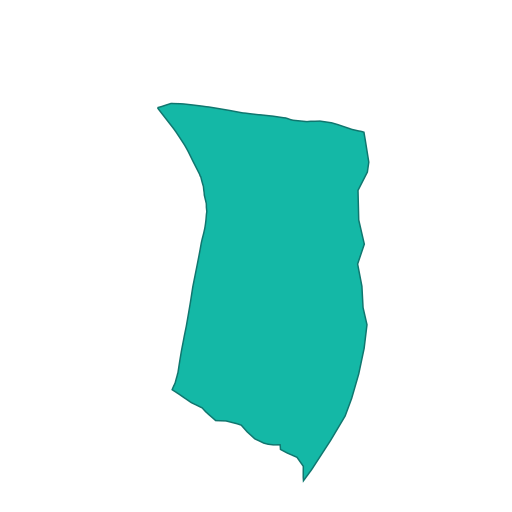 the district of Rodney Heights, Gros Islet, Saint Lucia, rotated 303°
{"feature_id": "8701671B40211912929953", "entity_name": "Rodney Heights", "entity_type": "district", "adm_level": 2, "iso_a3": "LCA", "parent_name": "Saint Lucia", "parent_adm1": "Gros Islet", "projection": "mercator", "projection_center": [-60.949, 14.068], "detail": "fine", "context": "isolated", "style": "filled", "palette": "teal", "viewbox_px": 512, "rotation_deg": 303, "n_neighbors": 0, "source": "geoboundaries", "source_scale": "gbopen_adm2", "svg_char_len": 1880}
<svg xmlns="http://www.w3.org/2000/svg" viewBox="0 0 512 512"><g transform="rotate(303 256 256)"><path d="M327.2,93.0L326.4,93.3L324.9,97.5L318.0,117.4L316.4,121.5L313.0,129.3L310.1,135.8L308.5,138.9L306.6,142.4L301.1,151.6L296.6,159.4L293.9,164.1L292.7,165.6L292.3,166.6L289.6,169.5L287.3,172.1L285.7,174.0L283.2,176.0L280.8,178.1L278.9,179.5L273.0,185.7L271.3,186.9L269.9,187.8L266.4,190.6L264.0,191.7L260.3,193.7L258.6,194.6L255.3,196.2L253.1,197.2L251.0,198.1L246.7,199.7L241.0,201.6L237.2,203.0L230.6,205.8L225.5,207.9L216.3,211.6L195.7,219.8L193.7,220.7L183.5,225.3L180.8,226.5L171.3,230.6L165.0,233.3L158.9,235.9L149.7,239.5L147.3,240.5L137.4,244.5L135.0,245.5L126.3,249.3L123.4,250.6L115.4,254.2L114.8,254.3L112.2,255.2L109.9,255.9L106.8,256.9L105.7,257.3L104.4,257.5L103.1,257.7L102.5,257.7L101.7,257.9L100.8,258.0L99.7,258.2L98.2,258.5L98.2,259.2L98.2,266.3L98.0,272.7L97.8,281.6L99.3,293.6L98.0,298.5L97.3,302.8L96.5,308.6L96.0,311.8L101.3,320.6L105.0,331.5L106.1,335.7L103.7,344.4L102.0,354.6L102.7,359.5L103.3,364.4L104.7,368.6L107.1,373.5L110.8,379.1L107.1,381.9L107.8,389.6L109.5,400.0L105.4,410.2L96.2,416.1L93.4,418.2L107.2,419.0L127.6,419.0L141.8,419.0L170.3,417.9L188.6,413.8L213.0,406.4L237.4,397.0L242.9,394.3L258.8,386.5L271.0,373.9L288.3,361.3L304.6,345.6L324.9,340.4L342.2,322.5L362.5,308.6L366.6,305.8L387.0,303.7L396.1,299.5L412.4,284.8L418.6,279.1L418.1,277.2L417.3,275.1L416.9,274.3L414.4,267.5L410.7,252.9L408.9,246.9L404.0,236.2L400.7,231.5L398.7,228.4L396.4,225.5L390.1,213.3L389.2,210.8L388.3,207.0L387.8,205.4L387.0,203.9L382.3,193.6L381.4,191.9L376.9,183.0L375.7,180.9L371.8,173.0L370.1,169.4L368.7,166.8L366.8,162.2L363.9,155.1L358.2,141.9L355.3,135.3L354.1,133.0L352.4,129.3L348.2,120.7L346.6,117.5L344.1,112.5L342.4,109.5L339.9,105.4L337.7,101.7L333.8,98.5L329.9,95.4L327.2,93.0Z" fill="#14b8a6" stroke="#0f766e" stroke-width="1.5"/></g></svg>